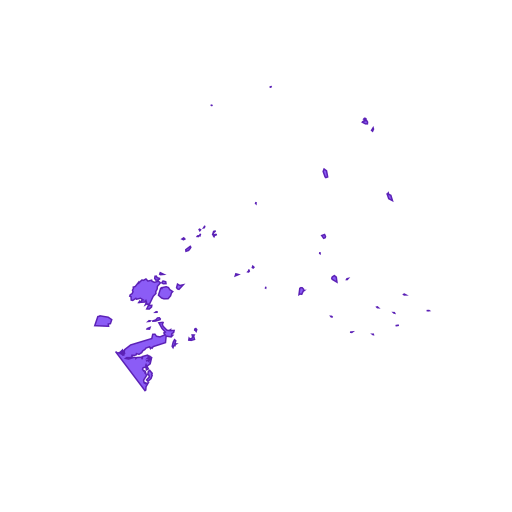 Torres, Queensland, Australia (Equal Earth projection), rotated 53°
{"feature_id": "25037944B43303794043608", "entity_name": "Torres", "entity_type": "district", "adm_level": 2, "iso_a3": "AUS", "parent_name": "Australia", "parent_adm1": "Queensland", "projection": "equal_earth", "projection_center": [142.441, -10.073], "detail": "fine", "context": "isolated", "style": "filled", "palette": "violet", "viewbox_px": 512, "rotation_deg": 53, "n_neighbors": 0, "source": "geoboundaries", "source_scale": "gbopen_adm2", "svg_char_len": 6176}
<svg xmlns="http://www.w3.org/2000/svg" viewBox="0 0 512 512"><g transform="rotate(53 256 256)"><path d="M296.7,425.7L296.7,424.7L294.2,422.5L292.5,418.5L291.8,420.0L289.8,421.2L290.6,421.4L289.9,421.7L287.5,420.5L285.6,415.4L283.1,414.5L282.3,415.6L282.5,414.3L281.4,413.9L280.3,414.4L280.3,415.5L280.1,414.8L278.1,414.8L277.3,413.3L278.7,410.0L277.5,410.1L276.9,409.7L276.6,409.2L278.4,409.7L278.4,405.4L274.5,400.7L274.2,401.2L275.0,402.1L274.1,401.2L274.0,402.0L274.9,403.5L275.4,404.8L275.3,405.1L274.9,405.2L274.4,404.8L273.7,407.1L274.3,404.7L275.3,404.8L272.7,402.4L272.5,401.0L271.6,401.5L272.4,402.5L272.7,403.7L272.4,404.3L272.2,402.5L270.4,402.2L270.1,403.0L270.0,401.9L267.9,407.3L269.1,408.0L269.7,409.4L268.9,408.2L268.0,408.3L265.4,412.2L265.5,413.5L264.9,413.1L263.6,414.4L261.6,419.8L259.3,421.8L259.3,420.5L261.8,417.2L261.5,414.3L260.2,415.3L262.3,412.7L262.8,411.1L262.0,410.2L264.1,408.6L264.4,405.4L263.6,403.6L263.8,400.9L263.3,399.4L264.4,395.7L266.4,396.0L266.0,394.9L267.1,394.5L266.5,392.6L270.7,380.4L265.9,376.0L269.6,372.4L269.2,370.2L268.4,371.1L267.3,369.8L267.6,367.9L266.2,366.2L264.1,369.2L263.4,368.5L263.2,370.3L261.6,371.8L256.1,372.5L254.2,371.9L253.2,370.2L252.7,370.6L250.9,373.8L257.3,374.7L262.2,374.2L262.0,375.9L264.2,376.0L262.8,381.4L260.2,383.8L257.6,383.8L256.4,385.6L259.2,388.9L251.6,409.6L251.7,417.2L252.6,418.2L252.3,418.6L253.3,419.0L252.8,419.1L253.4,419.3L253.1,420.3L253.9,420.2L253.6,420.6L254.4,421.3L254.4,420.4L255.5,420.9L255.2,422.0L253.8,422.3L253.8,421.6L253.3,421.1L253.4,422.1L252.8,422.3L251.7,421.3L252.4,419.7L250.7,419.1L251.0,421.9L251.5,421.6L251.8,422.5L251.3,422.2L251.5,423.1L251.0,422.9L250.3,424.9L247.9,425.7L296.7,425.7ZM219.9,348.5L217.4,349.1L215.9,353.0L213.5,354.3L212.5,353.9L211.0,357.4L208.1,357.7L207.7,360.6L206.5,361.5L207.0,366.2L207.8,366.8L206.4,365.8L207.7,370.7L207.0,372.8L208.0,373.2L209.0,375.3L210.5,375.7L211.5,377.6L211.3,379.8L212.1,381.0L213.3,380.3L216.1,382.2L217.3,381.2L217.5,377.4L218.6,377.4L220.2,373.7L223.1,372.6L222.6,373.6L223.5,376.1L225.9,372.4L225.3,370.7L227.0,371.2L228.4,373.8L228.6,371.8L229.3,371.7L230.2,369.8L226.3,362.3L225.7,358.5L224.2,357.6L222.8,354.7L220.9,353.0L219.9,348.5ZM222.4,413.0L220.0,409.5L215.9,410.9L210.0,416.5L209.7,416.0L210.0,416.9L209.2,418.8L214.6,426.7L223.4,416.0L221.4,414.9L222.4,413.0ZM226.5,346.2L224.9,349.6L225.3,350.7L224.4,350.7L224.5,351.7L228.6,357.5L232.8,356.7L234.8,355.3L237.2,351.9L236.4,348.2L234.6,345.7L234.3,343.9L231.0,345.1L228.5,344.9L226.5,346.2ZM291.1,417.7L290.7,413.6L288.8,410.7L288.0,410.7L287.2,409.5L283.4,409.7L283.3,411.3L285.5,413.8L286.6,413.2L288.4,413.9L289.1,418.0L291.1,417.7ZM236.0,151.2L230.4,148.4L227.5,149.3L228.9,151.5L234.3,153.2L235.4,153.1L236.0,151.2ZM308.2,240.5L312.7,244.9L312.8,243.8L314.1,242.5L312.6,239.7L312.6,238.4L312.3,238.9L311.3,238.0L309.2,238.2L308.3,239.2L308.2,240.5ZM318.6,207.6L319.3,208.9L320.5,209.2L325.6,207.1L321.2,204.6L318.8,205.2L318.6,207.6ZM235.2,331.4L233.7,334.6L231.2,335.6L233.5,338.5L235.1,338.5L236.3,337.6L235.2,331.4ZM285.6,114.0L290.1,115.5L293.9,113.7L288.7,111.8L286.9,112.7L285.6,114.0ZM280.6,354.5L282.6,355.4L283.2,356.7L282.4,358.9L281.4,358.9L282.7,360.3L284.4,358.5L285.6,355.3L282.4,354.0L281.9,352.9L280.6,354.5ZM274.9,373.9L277.7,377.3L279.2,377.4L278.2,375.9L278.9,374.6L278.0,374.1L278.2,372.6L277.3,373.6L275.4,371.1L273.8,371.4L274.9,373.9ZM230.8,371.7L232.5,375.1L234.1,373.2L233.9,370.2L232.7,368.9L230.8,371.7ZM214.1,86.1L212.9,89.9L213.1,90.6L216.4,89.0L217.5,87.5L216.2,86.3L214.1,86.1ZM208.7,302.7L208.7,308.3L210.1,309.1L211.0,306.5L210.4,304.1L209.8,302.8L208.7,302.7ZM246.7,374.4L245.6,378.2L247.5,375.4L249.1,371.0L248.7,370.3L247.1,370.4L246.2,372.0L246.7,374.4ZM216.2,349.0L216.4,346.9L215.8,346.5L213.8,348.0L212.1,347.7L211.4,348.8L212.9,350.4L214.8,350.6L216.2,349.0ZM283.0,189.7L282.2,188.7L280.1,188.3L279.2,191.2L282.6,191.3L283.0,189.7ZM220.0,345.3L220.7,347.4L222.3,346.8L223.9,344.5L222.2,343.6L220.0,345.3ZM212.6,343.9L213.4,343.6L215.2,340.7L211.7,342.5L212.6,343.9ZM281.4,409.9L279.5,409.6L279.0,411.1L281.0,412.0L281.4,409.9ZM224.1,85.3L225.2,88.1L226.5,87.8L225.4,85.8L224.1,85.3ZM259.4,284.6L260.3,281.1L258.1,282.8L259.4,284.6ZM214.2,277.9L215.3,277.9L214.7,276.8L215.3,274.4L214.1,275.7L214.2,277.9ZM278.3,349.6L278.9,349.2L280.2,349.2L279.1,347.6L277.7,347.7L277.5,348.9L278.3,349.6ZM197.9,304.9L199.4,304.1L199.6,302.6L198.0,302.8L197.9,304.9ZM249.3,383.6L248.5,386.6L248.7,387.0L250.3,385.1L249.3,383.6ZM263.7,272.1L264.3,271.6L264.1,270.5L262.4,269.9L263.5,270.8L263.7,272.1ZM262.2,264.7L263.0,265.9L263.9,265.5L263.7,264.4L262.2,264.7ZM375.5,161.3L376.3,161.1L377.3,159.7L375.6,160.5L375.5,161.3ZM211.8,275.1L211.6,273.1L211.0,274.9L211.8,275.1ZM201.7,284.5L200.6,284.9L200.6,285.5L202.0,285.7L201.7,284.5ZM222.8,376.2L222.1,376.1L222.6,377.7L223.0,377.2L222.8,376.2ZM329.4,195.9L328.9,197.0L329.3,197.9L329.7,197.4L329.4,195.9ZM374.7,224.6L373.4,226.7L374.7,225.5L374.7,224.6ZM243.4,381.5L244.3,380.0L244.2,379.4L243.3,380.3L243.4,381.5ZM369.4,190.3L370.3,190.2L371.0,189.4L369.6,189.7L369.4,190.3ZM205.0,291.2L205.8,290.3L205.4,289.5L204.8,290.6L205.0,291.2ZM240.4,370.3L241.0,369.5L241.6,368.2L240.4,369.2L240.4,370.3ZM204.9,286.9L205.6,288.7L206.1,288.6L204.9,286.9ZM213.0,223.5L213.7,224.7L214.3,224.6L213.0,223.5ZM130.0,142.7L130.0,141.4L129.3,143.4L130.0,142.7ZM349.1,232.6L349.7,232.6L351.0,231.7L349.7,231.9L349.1,232.6ZM211.9,276.5L213.1,278.2L212.6,276.8L211.9,276.5ZM202.3,280.2L201.1,278.6L202.0,280.9L202.3,280.2ZM211.5,87.5L212.0,87.1L212.2,86.5L211.3,86.6L211.5,87.5ZM285.2,112.4L285.5,113.4L286.0,112.7L285.2,112.4ZM395.6,186.4L396.2,185.8L397.3,183.6L396.7,184.3L395.6,186.4ZM291.4,202.6L292.3,203.6L292.7,203.4L291.4,202.6ZM211.4,85.9L212.4,86.0L212.4,85.7L211.4,85.9ZM402.3,152.6L403.4,151.5L403.9,150.6L403.6,150.7L402.3,152.6ZM388.5,210.1L389.2,209.9L389.5,209.6L389.0,209.4L388.5,210.1ZM212.5,88.6L213.5,87.4L213.2,86.8L212.5,88.6ZM383.9,180.3L384.5,180.2L385.1,179.7L384.5,179.6L383.9,180.3ZM286.5,266.6L287.3,267.7L287.5,267.6L286.5,266.6ZM108.1,201.3L109.1,200.8L109.7,200.9L109.2,200.5L108.1,201.3Z" fill="#8b5cf6" stroke="#5b21b6" stroke-width="1.5"/></g></svg>